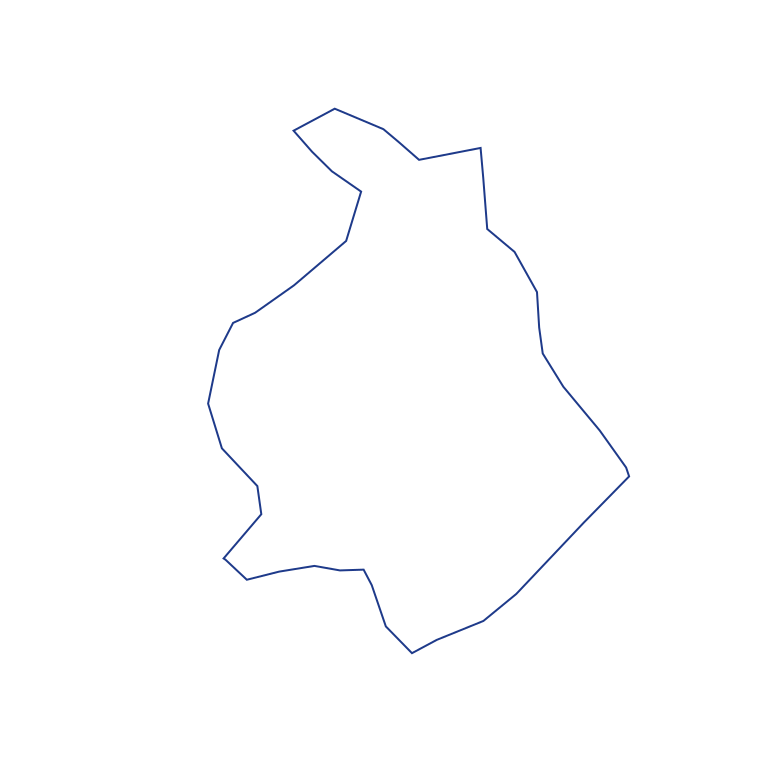 the Municipality of Danilovgrad, rotated 314°
{"feature_id": "MNE-1511", "entity_name": "Danilovgrad", "entity_type": "Municipality", "adm_level": 1, "iso_a3": "MNE", "parent_name": "Montenegro", "parent_adm1": "", "projection": "mercator", "projection_center": [19.12, 42.623], "detail": "fine", "context": "isolated", "style": "outline", "palette": "blue", "viewbox_px": 768, "rotation_deg": 314, "n_neighbors": 0, "source": "natural_earth", "source_scale": "10m", "svg_char_len": 682}
<svg xmlns="http://www.w3.org/2000/svg" viewBox="0 0 768 768"><g transform="rotate(314 384 384)"><path d="M460.6,257.4L506.5,233.9L500.8,198.8L501.1,170.9L503.4,143.0L547.8,157.3L566.9,206.6L568.3,227.1L569.6,253.5L620.9,289.5L601.3,312.1L567.2,350.6L569.7,386.2L556.4,430.2L532.4,456.4L516.2,477.0L506.6,514.9L500.4,571.5L492.1,616.2L487.8,624.5L423.2,624.0L324.9,625.0L282.6,620.1L236.6,599.7L209.8,591.1L210.9,553.7L230.8,514.9L236.3,498.3L219.3,481.8L204.8,460.3L176.2,438.9L147.9,421.3L147.5,392.1L147.1,389.8L205.1,386.2L222.6,363.8L225.1,312.1L247.7,271.1L294.0,241.8L323.1,233.0L345.7,241.8L392.4,250.7L460.6,257.4Z" fill="none" stroke="#1e3a8a" stroke-width="2"/></g></svg>